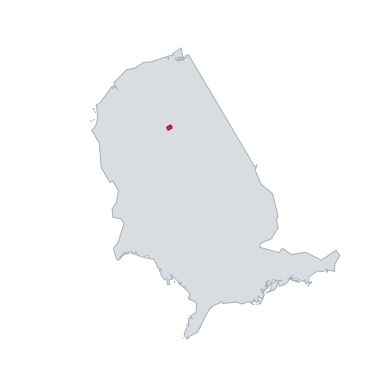 Bear Lake, Idaho, United States of America (highlighted), rotated 61°
{"feature_id": "52423323B15127736824866", "entity_name": "Bear Lake", "entity_type": "district", "adm_level": 2, "iso_a3": "USA", "parent_name": "United States of America", "parent_adm1": "Idaho", "projection": "orthographic", "projection_center": [-111.379, 42.301], "detail": "fine", "context": "in_parent", "style": "filled", "palette": "rose", "viewbox_px": 384, "rotation_deg": 61, "n_neighbors": 0, "source": "geoboundaries", "source_scale": "gbopen_adm2", "svg_char_len": 4296}
<svg xmlns="http://www.w3.org/2000/svg" viewBox="0 0 384 384"><g transform="rotate(61 192 192)"><path d="M299.8,121.8L314.3,111.9L312.8,94.3L319.3,93.5L324.2,102.0L330.5,105.7L326.1,111.2L326.7,112.9L324.7,111.5L325.1,115.8L321.9,120.8L323.1,131.2L327.5,133.5L329.0,132.0L327.7,130.6L328.6,131.1L329.7,132.8L325.2,136.9L323.4,135.5L324.1,138.5L318.5,142.4L315.5,148.3L315.1,146.0L314.1,144.9L314.9,150.4L316.5,150.5L317.8,154.8L316.8,161.6L312.1,160.0L312.8,155.8L311.4,159.2L313.8,162.4L316.0,163.8L317.2,166.0L316.4,176.5L315.6,170.6L310.5,167.0L310.5,160.7L307.9,163.8L312.1,171.2L308.1,170.2L307.1,171.0L307.1,168.0L306.8,167.3L306.5,169.8L307.0,171.4L312.9,172.3L312.4,174.2L309.2,172.4L308.3,172.3L312.2,174.4L313.5,174.6L313.6,176.9L311.6,176.0L315.0,178.0L314.6,178.6L312.9,177.6L309.7,178.3L314.4,179.5L316.7,178.3L321.6,184.5L317.5,179.8L319.5,183.2L314.9,184.5L319.3,186.6L320.5,184.9L319.7,189.1L315.1,189.9L318.2,190.4L316.6,193.1L319.6,193.1L315.1,196.1L314.3,202.5L310.2,206.0L304.2,219.4L302.7,218.8L301.7,229.1L302.0,231.4L305.3,237.7L317.1,255.1L317.3,266.6L313.9,268.6L309.2,264.3L307.4,259.8L301.1,256.2L302.3,253.2L299.8,254.2L299.2,246.8L291.6,241.8L282.9,246.6L280.3,243.0L271.2,245.4L272.0,243.5L270.7,245.6L266.8,247.6L266.1,244.4L265.8,246.8L253.2,250.9L258.9,251.1L257.7,254.6L262.3,256.3L260.5,258.4L255.2,255.8L255.4,258.9L248.8,259.2L244.6,256.3L242.7,258.7L232.8,257.9L227.9,263.2L229.2,261.8L226.0,261.3L225.2,266.7L219.8,271.1L221.0,269.9L217.1,270.1L218.7,271.6L214.4,274.5L213.3,280.5L211.1,280.0L213.1,281.2L214.0,286.3L216.2,289.2L214.9,290.5L203.4,288.3L200.2,281.0L187.0,267.1L181.0,267.0L175.7,273.6L168.3,270.2L164.6,263.3L154.8,255.6L143.9,256.0L144.0,259.2L126.5,259.6L104.0,249.3L89.3,249.8L87.6,244.2L81.7,238.6L69.4,233.3L69.6,229.4L60.9,210.8L61.4,209.0L63.3,211.6L62.4,207.6L66.8,207.8L58.5,207.3L53.4,190.0L56.0,181.5L55.1,171.4L58.1,165.5L61.7,147.5L65.4,148.5L61.4,147.0L63.3,142.3L61.8,142.1L60.8,131.6L69.6,134.6L67.1,139.8L70.6,136.3L69.7,140.8L67.4,141.6L68.9,142.0L70.9,140.4L72.1,135.9L70.5,128.5L200.5,124.9L200.0,122.2L203.4,126.1L218.7,127.8L232.4,122.3L255.1,128.5L257.0,131.4L265.1,134.1L271.4,145.5L270.1,157.0L273.3,159.4L287.4,145.1L285.1,140.9L286.2,139.5L294.9,135.2L299.8,121.8ZM321.1,143.4L323.5,141.5L315.6,149.1L321.6,141.7L321.1,143.4ZM70.6,133.0L71.4,136.0L71.3,136.4L69.9,134.0L70.6,133.0ZM215.9,288.3L213.9,284.0L213.7,281.4L214.3,284.1L215.9,288.3ZM326.9,111.1L327.5,112.5L327.0,112.4L326.9,111.1ZM244.9,257.6L245.4,258.6L244.2,258.0L244.9,257.6ZM73.9,238.2L75.4,237.8L75.5,237.9L73.9,238.2ZM72.4,237.6L71.8,238.4L71.3,237.6L72.4,237.6ZM327.6,135.8L327.3,137.1L327.1,137.0L327.6,135.8ZM214.3,278.8L213.7,281.1L215.2,276.7L214.3,278.8ZM313.5,249.3L315.8,252.7L313.2,249.0L313.5,249.3ZM81.2,242.4L81.7,243.6L81.1,242.5L81.2,242.4ZM318.0,266.9L317.2,268.6L318.4,265.3L318.0,266.9ZM322.8,186.8L322.3,188.8L321.9,184.8L322.8,186.8ZM69.7,130.5L69.6,131.3L69.1,130.8L69.7,130.5ZM218.8,272.4L216.8,273.7L218.8,272.1L218.8,272.4ZM330.2,134.8L330.6,135.8L329.7,136.0L330.2,134.8ZM80.9,245.6L81.3,247.0L80.7,245.7L80.9,245.6ZM216.4,274.6L215.6,275.3L216.2,274.3L216.4,274.6ZM317.4,167.9L317.1,170.5L317.3,167.0L317.4,167.9ZM227.4,264.2L226.2,265.3L227.9,263.5L227.4,264.2ZM302.2,230.1L302.4,231.8L302.0,230.7L302.2,230.1ZM320.1,193.2L319.8,193.7L320.5,191.9L320.1,193.2ZM286.1,245.1L284.8,246.5L284.1,246.5L286.1,245.1ZM266.1,247.4L265.9,247.8L265.0,248.0L266.1,247.4ZM305.8,260.6L306.3,261.7L305.5,260.5L305.8,260.6ZM262.5,250.9L262.5,252.1L262.0,250.2L262.5,250.9ZM315.2,271.0L314.4,271.5L315.5,270.7L315.2,271.0ZM317.8,155.7L317.7,156.9L317.8,155.2L317.8,155.7ZM321.6,189.6L321.3,190.2L321.1,190.2L321.6,189.6Z" fill="#d9dde1" stroke="#a8b0b8" stroke-width="1"/><path d="M126.2,182.7L126.2,181.7L126.2,181.4L126.2,180.7L126.2,180.2L126.2,179.1L125.9,179.2L125.7,179.2L125.5,179.3L125.4,179.2L125.2,179.3L125.1,179.1L125.3,178.6L125.2,178.5L125.2,178.4L125.0,178.6L124.7,178.7L124.5,178.4L123.2,178.4L123.1,178.5L123.1,179.0L123.3,179.5L123.2,179.7L123.2,179.9L123.3,179.9L123.3,180.0L123.5,180.1L123.3,180.4L123.3,180.5L123.3,180.8L123.2,180.9L123.2,181.1L123.2,181.6L123.3,181.7L123.2,182.0L123.4,182.1L123.7,182.2L123.7,182.7L123.9,182.7L124.2,182.7L126.2,182.7Z" fill="#f43f5e" stroke="#9f1239" stroke-width="1.5"/></g></svg>